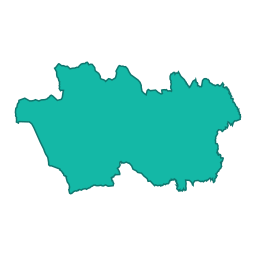 outline of Ruhango, Southern, Rwanda, rotated 180°
{"feature_id": "39286606B52583425373362", "entity_name": "Ruhango", "entity_type": "district", "adm_level": 2, "iso_a3": "RWA", "parent_name": "Rwanda", "parent_adm1": "Southern", "projection": "equal_earth", "projection_center": [29.754, -2.193], "detail": "fine", "context": "isolated", "style": "filled", "palette": "teal", "viewbox_px": 256, "rotation_deg": 180, "n_neighbors": 0, "source": "geoboundaries", "source_scale": "gbopen_adm2", "svg_char_len": 5665}
<svg xmlns="http://www.w3.org/2000/svg" viewBox="0 0 256 256"><g transform="rotate(180 128 128)"><path d="M236.9,155.7L237.2,155.0L237.1,153.9L238.5,152.0L239.2,148.5L239.8,148.2L240.2,147.4L240.4,145.7L240.6,143.6L240.2,141.6L240.4,140.6L240.3,139.9L239.4,138.5L239.6,137.4L239.4,136.3L239.6,134.0L237.6,133.0L237.4,134.0L236.8,134.4L226.6,134.1L224.2,132.1L222.2,128.5L215.7,113.9L212.2,106.8L211.6,104.9L210.3,101.9L208.2,98.6L207.4,93.8L207.3,91.2L206.0,90.1L204.9,90.3L196.4,87.1L195.9,86.7L196.2,86.1L194.5,84.9L193.1,82.7L192.6,82.6L192.2,80.8L191.5,80.1L190.4,80.2L190.0,79.1L189.6,79.1L189.8,78.2L188.7,74.1L186.9,71.5L186.4,68.8L186.7,68.3L186.6,67.2L187.2,66.4L186.4,62.9L185.5,62.3L184.3,62.6L182.0,64.6L180.3,65.2L179.2,64.9L177.7,66.0L177.5,65.7L176.7,66.5L174.5,65.9L173.3,66.8L170.6,67.4L169.6,66.7L167.3,68.0L166.3,68.2L164.6,69.6L163.6,69.9L162.5,70.8L160.7,70.9L160.0,70.4L157.9,70.3L154.9,70.8L153.9,70.2L152.5,70.1L150.4,71.1L148.2,69.9L147.4,69.8L142.9,70.3L142.3,72.7L142.7,73.2L143.5,75.5L143.8,75.7L144.1,75.5L144.6,78.2L143.9,78.2L143.7,79.0L142.4,79.0L141.9,80.2L141.2,80.6L140.7,81.6L139.9,81.3L136.3,81.5L136.2,82.4L136.9,84.8L138.6,87.7L136.8,89.1L135.9,90.9L136.2,92.8L135.9,94.0L135.0,94.4L134.1,92.9L133.6,93.4L132.2,92.9L129.7,93.9L127.4,92.8L126.7,92.8L124.3,90.1L123.0,86.8L119.6,85.1L118.3,83.6L114.5,82.8L112.1,80.0L108.8,77.4L107.9,74.7L105.7,74.9L101.4,70.3L100.4,71.1L98.4,70.3L95.7,70.8L95.2,70.0L94.2,70.7L93.8,70.5L93.1,70.8L92.1,72.0L90.5,71.4L89.6,72.3L87.8,72.3L87.2,72.8L87.0,73.9L86.2,74.3L86.3,75.4L86.1,75.6L84.8,75.7L84.7,76.3L84.5,76.0L83.7,76.5L83.1,75.9L82.3,76.2L82.3,76.8L82.2,76.6L81.8,77.1L80.5,76.4L80.7,75.9L79.6,75.4L79.9,74.7L79.7,74.4L80.0,74.3L79.4,73.4L79.3,72.7L78.8,72.6L78.8,71.9L78.3,71.3L78.4,70.6L79.5,70.7L78.9,70.1L78.9,69.2L78.4,69.3L79.2,67.5L78.7,66.6L77.8,66.0L77.3,66.1L77.3,65.1L76.4,65.1L76.7,65.7L76.3,66.1L76.3,65.6L74.6,65.5L73.7,65.0L73.1,65.8L73.0,66.9L72.8,66.4L72.4,67.1L72.2,66.2L70.8,66.0L70.8,65.7L70.0,66.1L69.9,68.0L70.2,69.6L69.9,72.4L70.4,75.9L66.5,75.6L65.1,74.4L63.9,72.6L63.5,71.2L62.9,70.7L62.9,72.7L61.3,75.1L57.9,75.6L55.2,74.4L53.7,74.8L52.6,74.2L51.2,75.4L50.3,75.5L49.4,75.0L48.9,76.0L48.3,75.9L46.0,77.9L45.4,77.7L45.2,76.3L45.0,76.8L44.5,76.4L43.9,76.6L43.5,77.1L43.5,76.3L42.7,74.8L42.3,74.7L42.6,73.9L42.3,73.6L41.2,74.9L41.1,77.3L39.8,78.5L40.0,79.6L39.1,80.0L38.9,80.6L39.6,81.2L40.0,82.2L39.2,82.7L38.1,84.7L37.4,84.8L36.8,86.3L35.1,88.0L34.8,89.2L34.4,89.5L34.8,91.1L34.5,93.1L35.2,92.9L35.4,93.5L34.5,94.5L33.6,94.9L32.8,97.7L33.0,98.1L35.2,98.1L35.4,98.9L35.2,100.2L35.6,101.3L36.9,101.8L37.2,100.8L37.6,100.8L38.1,101.7L38.0,103.1L39.0,103.1L39.1,103.3L38.7,104.6L38.4,105.0L38.7,106.1L37.8,107.0L38.1,108.1L38.0,110.3L38.9,112.3L40.3,112.5L40.5,113.0L40.4,115.2L40.8,115.9L40.2,117.5L40.4,119.0L38.5,122.2L38.4,122.8L39.0,124.0L37.4,126.3L34.8,125.9L33.8,124.5L33.5,124.6L32.0,126.4L30.3,127.0L30.5,128.8L29.5,128.6L28.8,128.1L27.9,130.5L28.0,131.3L28.6,132.0L28.0,132.9L27.9,134.0L26.7,133.2L25.3,130.9L24.3,132.0L23.6,130.6L22.7,133.4L21.4,135.1L20.9,135.3L20.0,135.0L15.8,136.7L15.9,137.9L15.4,139.1L15.7,139.7L15.7,141.4L16.4,141.4L16.7,141.9L16.6,143.7L17.6,144.6L17.2,145.1L17.5,145.5L17.4,146.5L17.8,146.2L17.9,146.7L18.6,147.0L18.4,147.6L18.8,148.6L20.3,150.0L20.7,151.4L22.1,153.7L22.9,153.8L23.3,156.4L22.8,156.9L23.3,157.6L24.8,157.6L25.2,158.1L25.0,159.2L24.4,159.7L24.9,160.1L24.9,160.7L26.0,161.4L25.6,162.0L26.6,162.4L26.0,163.0L26.9,163.4L26.6,164.7L27.2,165.2L27.3,165.9L27.7,165.9L27.6,166.7L28.2,167.2L28.7,167.0L28.7,168.0L29.2,168.2L29.4,168.9L30.0,168.5L30.7,168.9L31.2,168.1L33.0,169.1L32.3,171.5L32.8,171.9L33.3,173.0L35.3,170.4L35.8,170.4L36.2,170.0L36.9,170.1L38.0,171.3L38.4,171.1L38.6,171.3L40.9,170.2L41.4,170.8L43.2,171.3L43.8,172.0L46.5,173.5L46.8,175.1L47.9,176.5L48.6,176.5L49.8,177.3L51.3,177.3L52.1,177.0L53.4,175.5L54.4,169.6L54.9,169.2L55.7,169.5L56.2,169.2L57.4,170.3L58.4,170.3L58.3,172.4L58.7,173.3L59.7,173.6L60.3,176.4L60.7,175.3L61.4,175.9L63.0,174.8L65.8,169.2L66.7,168.5L67.1,169.9L67.9,170.1L68.8,172.0L69.6,172.2L69.8,173.7L70.4,174.1L71.7,176.4L75.1,179.6L77.6,184.1L78.2,182.9L79.7,183.0L80.7,182.5L81.0,182.0L81.4,183.5L82.5,183.5L84.3,182.0L85.0,181.9L85.9,179.8L85.9,176.9L85.0,175.0L85.2,173.5L84.7,172.1L85.3,169.2L85.1,167.4L84.5,166.5L84.4,165.0L84.7,164.6L85.9,165.2L88.1,165.0L89.7,166.4L90.5,166.0L91.1,166.3L93.1,166.2L94.3,165.9L93.9,163.2L93.6,162.7L94.1,162.2L95.2,162.1L98.0,163.7L100.4,165.9L105.7,165.3L107.7,166.5L108.8,165.4L109.9,161.2L112.0,162.7L114.0,164.8L114.8,169.0L114.8,170.6L116.0,173.7L118.0,176.0L125.3,181.3L127.0,184.1L128.5,187.3L130.4,189.3L131.6,189.2L133.0,189.8L134.9,189.7L136.3,190.4L137.3,189.9L140.0,184.8L139.4,183.3L139.5,182.0L140.3,178.9L140.8,178.0L144.0,176.0L146.0,177.0L147.4,177.3L150.4,174.6L151.2,175.6L152.5,176.3L154.8,176.9L155.7,178.1L155.7,179.6L157.3,182.6L160.5,185.0L160.9,185.6L161.3,188.4L163.8,191.6L165.3,191.8L167.2,191.2L167.7,191.9L167.6,192.3L168.7,193.7L169.9,193.5L170.9,192.5L173.2,192.4L174.8,191.9L176.8,190.0L177.6,188.7L179.3,188.7L181.2,187.9L183.6,187.8L186.0,187.2L188.5,189.7L190.7,189.5L192.3,190.3L194.4,190.3L196.8,192.1L197.5,192.1L200.3,188.5L201.4,187.8L199.4,184.2L199.3,181.2L198.9,179.1L197.8,177.9L197.1,175.1L196.4,174.4L196.6,173.0L196.4,171.4L196.8,170.2L196.3,169.1L196.8,167.5L195.5,165.3L194.9,165.7L192.5,165.6L192.9,164.1L193.7,158.6L194.6,156.7L198.6,155.6L203.3,160.0L204.8,160.8L205.8,160.2L207.1,158.4L207.6,158.4L208.9,157.1L210.9,156.4L214.7,156.1L217.1,155.0L220.6,156.3L221.9,155.6L224.3,155.1L226.4,155.1L231.2,157.8L236.9,155.7Z" fill="#14b8a6" stroke="#0f766e" stroke-width="1.5"/></g></svg>